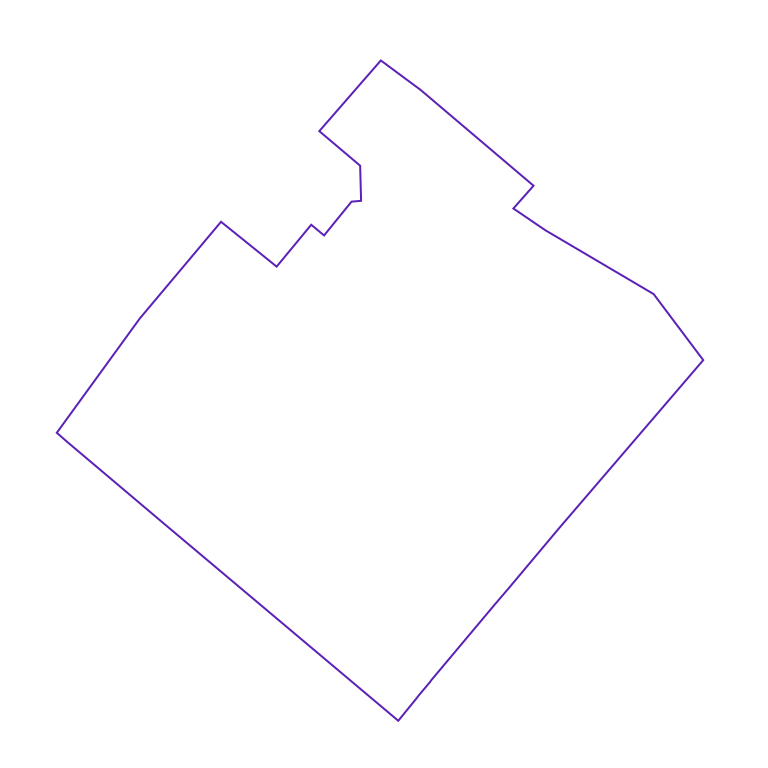 Chemung, New York, United States of America, rotated 310°
{"feature_id": "52423323B68121870797656", "entity_name": "Chemung", "entity_type": "district", "adm_level": 2, "iso_a3": "USA", "parent_name": "United States of America", "parent_adm1": "New York", "projection": "mercator", "projection_center": [-76.753, 42.147], "detail": "fine", "context": "isolated", "style": "outline", "palette": "violet", "viewbox_px": 768, "rotation_deg": 310, "n_neighbors": 0, "source": "geoboundaries", "source_scale": "gbopen_adm2", "svg_char_len": 538}
<svg xmlns="http://www.w3.org/2000/svg" viewBox="0 0 768 768"><g transform="rotate(310 384 384)"><path d="M136.0,178.7L135.6,302.7L135.2,611.4L162.0,611.0L168.3,610.8L179.9,610.8L185.9,610.8L187.2,610.6L286.4,610.6L308.6,610.8L385.3,610.8L514.4,612.2L607.0,613.2L607.5,613.2L626.2,532.8L605.5,408.8L601.6,370.3L632.0,371.1L632.8,223.2L629.8,173.6L536.1,171.9L535.9,225.4L509.6,248.7L502.8,241.9L459.3,242.6L459.2,225.9L404.9,226.3L403.5,154.9L277.3,154.8L136.3,164.7L136.0,178.7Z" fill="none" stroke="#5b21b6" stroke-width="2"/></g></svg>